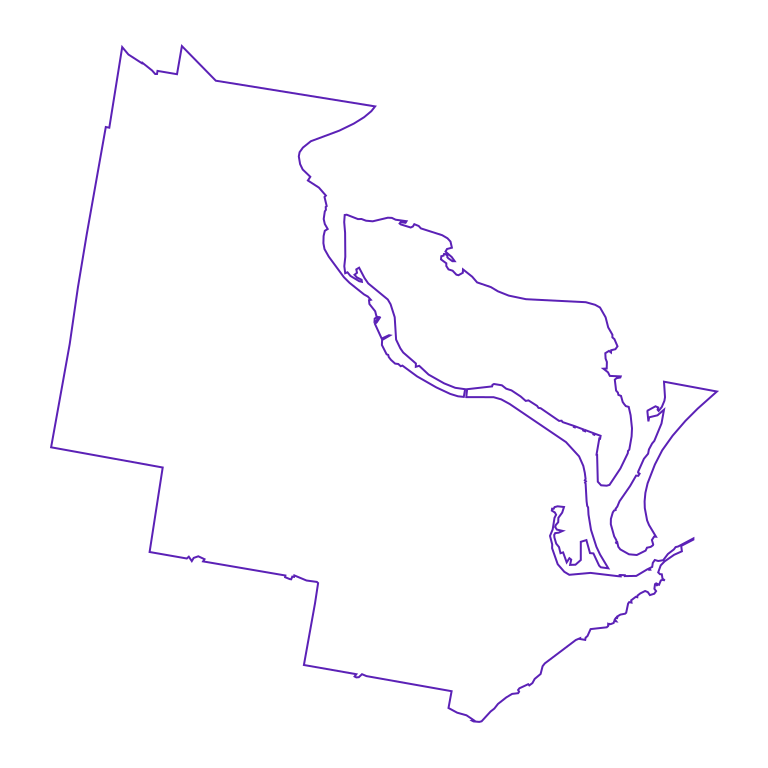 Newcastle, New South Wales, Australia (Albers equal-area conic projection)
{"feature_id": "25037944B69528063359333", "entity_name": "Newcastle", "entity_type": "district", "adm_level": 2, "iso_a3": "AUS", "parent_name": "Australia", "parent_adm1": "New South Wales", "projection": "albers", "projection_center": [151.75, -32.876], "detail": "fine", "context": "isolated", "style": "outline", "palette": "violet", "viewbox_px": 768, "rotation_deg": 0, "n_neighbors": 0, "source": "geoboundaries", "source_scale": "gbopen_adm2", "svg_char_len": 6100}
<svg xmlns="http://www.w3.org/2000/svg" viewBox="0 0 768 768"><path d="M69.7,344.1L51.1,447.3L162.7,467.5L149.6,552.0L186.8,558.5L188.8,556.7L191.8,561.1L193.7,557.9L198.3,556.3L204.5,559.2L203.1,561.4L285.4,575.5L285.1,577.2L289.8,579.1L291.2,579.3L292.3,576.6L294.0,576.9L294.3,575.4L306.5,580.5L316.8,581.9L318.1,583.1L315.0,603.4L303.9,665.0L356.3,674.2L354.6,676.5L356.3,677.4L358.8,677.2L362.0,674.2L366.5,676.1L451.6,691.2L448.5,708.0L457.2,712.7L466.5,715.3L473.6,720.1L472.0,720.6L473.5,721.4L479.3,721.9L481.6,721.3L490.6,711.5L494.3,708.6L498.0,703.9L506.3,697.4L512.1,693.9L518.1,693.2L519.1,691.7L518.1,690.0L519.4,688.3L528.2,684.2L529.3,685.4L532.4,683.1L534.7,678.9L540.6,674.0L542.6,666.2L544.8,663.4L575.8,640.0L580.1,638.2L580.0,639.0L585.2,639.9L585.6,637.7L587.5,636.0L590.6,629.1L606.7,627.3L608.1,626.1L608.2,623.8L608.9,624.1L609.0,623.2L609.4,624.3L611.0,624.0L613.6,623.0L614.3,621.0L616.2,621.3L614.8,619.5L615.9,617.9L617.1,618.1L617.5,616.9L616.4,617.0L620.4,614.6L625.1,613.7L626.2,612.7L628.1,603.6L629.2,602.1L631.5,602.6L631.2,600.3L635.8,596.8L637.3,597.2L637.5,595.6L640.3,593.4L645.1,591.0L647.8,592.1L649.9,595.1L654.3,593.7L656.1,591.1L654.4,588.8L655.0,584.2L655.8,583.9L656.9,585.3L657.5,585.0L657.1,583.8L659.1,584.7L660.8,580.5L662.5,579.8L664.8,580.4L662.5,578.6L661.8,574.3L660.0,574.2L658.2,572.4L660.7,565.4L664.6,561.4L674.1,554.8L681.9,551.3L681.2,545.9L693.4,539.6L693.4,538.4L678.1,546.5L675.6,547.1L673.9,549.4L667.9,554.0L663.2,560.2L658.2,561.0L654.8,560.0L652.8,562.9L652.2,566.9L649.4,568.3L650.2,569.7L649.1,569.8L648.8,568.7L647.5,569.2L636.3,575.9L624.8,576.1L624.8,575.2L619.8,575.0L618.8,575.4L620.6,575.5L620.7,576.4L618.2,576.2L590.5,572.9L569.3,574.8L564.3,571.8L557.7,564.2L552.1,548.2L552.2,544.4L550.0,535.9L552.7,529.4L554.5,517.8L556.1,514.8L554.9,512.5L551.8,510.6L552.1,508.7L553.6,508.8L554.6,507.1L557.6,506.3L564.0,507.0L562.2,512.6L558.4,517.8L558.2,522.2L555.8,525.0L555.2,527.1L556.9,529.6L562.7,530.9L558.6,532.7L555.2,533.1L554.2,534.9L554.4,537.5L556.2,543.6L559.0,547.1L560.5,553.2L563.1,552.4L566.7,562.4L569.4,558.2L571.2,559.6L570.1,564.9L575.5,564.7L580.8,560.0L580.8,541.8L586.4,540.1L590.0,553.1L593.4,553.4L599.1,565.6L600.8,567.3L608.3,568.3L600.1,554.6L596.4,546.8L591.0,529.9L588.5,514.6L588.1,507.4L587.2,505.9L586.6,501.3L585.6,483.5L585.0,482.7L586.0,481.3L584.8,480.3L585.6,479.0L584.8,472.8L583.3,465.9L579.1,456.4L566.0,442.1L509.7,404.0L501.3,399.4L493.6,397.2L466.3,397.1L467.1,389.2L492.1,386.4L492.5,384.8L494.0,384.0L501.9,385.3L506.2,388.7L511.5,390.4L520.7,396.5L525.7,400.9L528.5,400.4L537.1,405.9L538.5,407.9L540.6,408.2L559.1,420.9L561.6,420.7L562.6,422.1L574.2,426.0L573.9,427.0L574.9,427.4L575.3,426.4L583.6,429.5L583.2,430.5L585.2,431.3L585.6,430.2L593.8,433.3L593.4,434.4L594.4,434.8L594.8,433.7L600.6,435.8L600.1,438.7L599.3,438.5L596.5,454.7L597.1,454.8L597.8,481.7L601.1,485.3L606.7,485.7L609.5,484.9L620.4,468.5L627.8,453.2L628.0,451.0L629.3,449.6L631.6,436.4L632.0,428.4L630.6,415.2L628.7,406.9L625.8,406.1L624.1,404.0L622.7,402.0L621.0,395.9L618.4,394.9L617.9,392.6L616.1,390.6L614.8,379.7L616.5,378.2L620.3,377.5L620.7,376.4L609.8,375.9L608.0,372.3L603.4,368.7L606.7,368.5L606.9,362.0L605.6,358.6L605.3,353.2L609.0,350.9L611.0,352.5L611.2,350.2L615.4,349.2L617.5,346.3L614.4,339.1L612.4,337.4L612.4,334.7L608.2,327.4L605.6,317.3L600.0,307.5L595.1,304.8L585.8,302.2L526.0,299.2L508.7,295.6L497.9,291.3L490.9,287.1L477.1,282.4L472.2,276.7L463.0,269.4L462.8,272.8L458.5,275.2L456.4,274.7L452.6,270.7L448.5,269.4L446.3,266.0L446.3,263.3L441.0,259.4L441.3,256.2L443.6,255.6L444.0,254.0L445.4,254.1L447.4,255.6L447.3,257.1L448.2,258.2L452.4,261.2L454.7,261.2L451.7,257.0L445.5,251.6L447.0,249.0L451.9,247.7L450.5,241.6L447.5,238.3L442.2,235.2L420.9,228.4L418.7,226.0L414.3,224.2L412.9,226.5L410.7,227.5L400.7,224.4L399.6,223.5L400.7,222.1L405.5,222.8L406.5,221.2L395.6,219.7L391.9,217.9L387.9,217.7L372.7,221.3L366.0,220.7L361.5,219.0L358.0,219.1L346.7,214.7L344.7,215.0L344.2,222.1L345.1,232.9L345.3,256.8L344.3,266.2L345.2,273.2L347.5,272.3L350.4,275.9L359.2,281.2L361.9,281.8L361.6,279.8L356.9,277.4L354.5,274.8L357.0,272.8L356.3,269.4L359.1,267.7L364.5,278.0L368.2,283.4L387.8,299.5L390.6,304.3L394.7,317.2L396.1,339.6L400.3,348.3L403.2,352.5L415.9,363.5L415.8,366.8L419.2,365.8L428.6,374.6L444.2,383.4L455.2,387.8L465.1,389.2L463.8,396.9L458.0,396.3L450.2,393.9L436.3,387.4L417.1,376.4L402.4,365.6L400.7,366.2L398.3,364.0L395.1,363.6L391.0,359.9L388.8,357.1L388.2,354.9L386.6,354.3L381.9,345.0L382.1,340.0L390.0,335.4L389.0,335.2L381.7,338.6L374.9,323.8L376.7,322.4L380.4,316.8L377.7,318.4L376.1,321.6L374.5,321.8L374.7,318.6L377.5,316.8L376.5,316.5L375.2,311.3L369.4,304.0L369.0,300.2L370.8,299.8L367.9,296.6L364.0,294.4L349.5,282.8L343.9,277.2L328.8,256.7L324.5,249.1L323.4,243.2L323.6,236.0L324.8,230.8L327.7,229.0L324.8,224.0L323.7,219.0L324.8,211.4L325.9,209.8L325.7,207.0L326.7,206.1L324.5,197.0L325.9,195.6L318.9,187.6L307.9,180.5L310.3,176.8L302.7,169.5L300.1,164.1L298.8,156.4L299.6,152.2L302.9,147.6L310.9,141.2L339.4,130.6L353.8,123.6L364.1,117.2L371.4,111.1L375.1,106.4L215.8,80.7L181.9,46.1L177.0,74.2L157.5,70.9L157.0,74.0L155.2,74.0L152.1,70.5L142.3,62.7L142.0,63.3L128.4,54.5L122.2,47.1L109.3,127.7L105.8,127.0L86.7,234.5L77.9,287.5L69.7,344.1ZM664.0,381.7L665.0,397.2L664.4,400.8L661.8,407.0L658.6,410.9L657.6,409.7L658.2,407.5L655.5,406.3L647.6,410.6L647.4,411.5L648.4,421.4L649.2,417.3L657.5,415.3L664.0,409.7L661.5,423.5L654.3,440.9L652.1,443.5L648.9,449.5L648.1,453.7L643.9,458.8L638.2,471.6L638.1,472.6L639.6,473.7L638.3,475.8L636.1,475.6L630.1,486.0L619.5,501.3L617.3,506.6L615.6,508.8L615.7,510.0L614.1,510.5L612.8,512.4L610.9,518.9L610.8,524.2L614.2,536.4L616.3,540.1L616.5,541.9L615.6,543.4L617.3,542.4L618.3,546.8L620.3,549.4L629.0,554.3L636.8,555.0L645.6,550.6L647.0,547.7L650.7,546.9L652.9,545.3L653.2,544.5L651.9,540.0L654.1,536.6L656.0,536.7L649.0,525.0L647.1,520.4L644.8,508.1L644.6,501.3L645.4,492.8L647.6,483.3L654.9,464.5L662.2,450.3L672.6,435.7L685.4,420.9L697.7,408.6L716.9,391.5L664.0,381.7Z" fill="none" stroke="#5b21b6" stroke-width="2"/></svg>